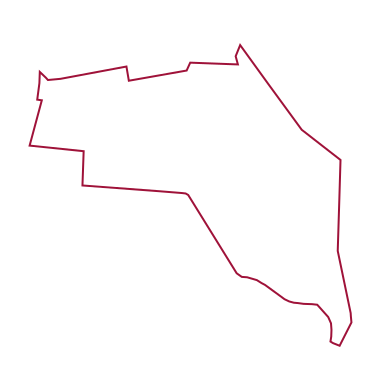 Ipiranga do Piauí, Piauí, Brazil (Mercator projection), rotated 182°
{"feature_id": "56859067B98502707297954", "entity_name": "Ipiranga do Piauí", "entity_type": "district", "adm_level": 2, "iso_a3": "BRA", "parent_name": "Brazil", "parent_adm1": "Piauí", "projection": "mercator", "projection_center": [-41.792, -6.793], "detail": "fine", "context": "isolated", "style": "outline", "palette": "rose", "viewbox_px": 384, "rotation_deg": 182, "n_neighbors": 0, "source": "geoboundaries", "source_scale": "gbopen_adm2", "svg_char_len": 776}
<svg xmlns="http://www.w3.org/2000/svg" viewBox="0 0 384 384"><g transform="rotate(182 192 192)"><path d="M348.3,306.7L348.3,295.5L348.6,292.3L349.9,278.9L345.3,278.4L354.6,238.3L355.9,232.7L301.7,229.0L301.7,194.7L224.0,191.6L201.8,190.6L198.3,190.3L195.7,188.9L144.5,112.3L139.3,108.9L133.9,108.7L124.1,106.2L119.3,103.4L115.8,101.7L95.8,88.1L91.0,86.0L86.3,84.9L82.4,84.7L76.5,84.1L68.1,84.1L62.9,83.7L51.5,71.8L48.5,65.6L47.8,59.1L47.8,52.4L48.4,47.4L45.8,45.9L39.1,43.5L28.1,67.2L28.9,73.4L29.2,76.5L44.3,138.2L44.5,189.2L44.7,229.2L84.5,258.0L119.3,302.3L149.0,340.5L153.1,329.2L150.6,321.1L155.3,321.1L198.3,321.2L201.6,313.2L259.0,301.0L261.9,315.1L314.8,303.3L327.4,300.5L339.9,298.9L342.0,301.1L348.3,306.7Z" fill="none" stroke="#9f1239" stroke-width="2"/></g></svg>